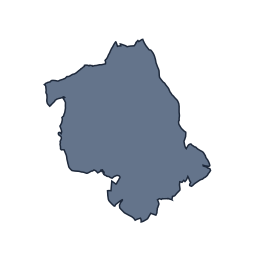 the district of Cozma, Bistrita-Nasaud, Romania, rotated 48°
{"feature_id": "2599482B53910069394437", "entity_name": "Cozma", "entity_type": "district", "adm_level": 2, "iso_a3": "ROU", "parent_name": "Romania", "parent_adm1": "Bistrita-Nasaud", "projection": "orthographic", "projection_center": [24.5, 46.802], "detail": "fine", "context": "isolated", "style": "filled", "palette": "slate", "viewbox_px": 256, "rotation_deg": 48, "n_neighbors": 0, "source": "geoboundaries", "source_scale": "gbopen_adm2", "svg_char_len": 5802}
<svg xmlns="http://www.w3.org/2000/svg" viewBox="0 0 256 256"><g transform="rotate(48 128 128)"><path d="M210.9,143.3L210.6,143.2L210.1,142.7L209.1,141.2L208.6,140.7L209.3,139.4L209.5,139.0L209.6,138.4L209.2,135.6L208.9,131.1L208.1,130.2L204.7,127.8L204.2,127.3L203.6,126.6L202.6,125.5L204.5,124.2L204.2,121.6L205.3,121.5L205.9,121.5L205.7,119.8L205.5,118.9L204.1,116.0L206.3,116.6L207.4,117.1L208.3,117.3L208.7,117.6L210.2,117.7L210.3,117.8L210.8,119.0L211.2,119.9L211.6,120.3L212.0,120.6L212.5,120.5L213.8,119.8L214.0,118.5L213.9,115.9L214.1,114.3L214.3,112.9L214.6,110.7L214.9,109.0L215.2,108.1L215.8,106.9L215.9,105.3L215.9,104.7L216.2,103.8L216.3,102.7L216.3,100.9L216.1,100.2L216.0,99.6L215.7,99.3L215.4,97.2L214.8,95.1L213.7,94.6L212.9,94.4L211.2,95.5L210.8,95.3L210.3,95.7L210.1,95.7L209.9,95.5L209.4,95.8L206.6,97.5L206.2,97.3L205.9,97.1L208.0,95.8L210.6,93.6L210.7,93.0L210.8,92.6L210.6,92.3L210.3,92.1L209.1,91.5L207.6,90.9L205.0,90.2L203.4,90.1L202.9,90.0L202.0,89.9L201.2,89.5L200.6,89.2L200.4,89.1L197.3,88.5L196.4,88.4L194.9,88.7L192.8,89.5L190.9,90.0L190.6,90.2L189.1,90.4L187.8,90.4L187.1,90.7L186.4,91.3L185.2,91.4L184.0,91.9L182.0,91.9L181.5,92.6L181.1,94.0L181.1,94.3L181.4,95.7L181.8,96.7L181.9,97.6L182.1,98.1L182.4,98.5L182.1,98.6L180.7,98.3L179.2,97.7L175.6,95.5L175.4,95.3L175.2,95.1L174.4,93.5L172.9,90.9L170.3,88.3L169.7,87.9L168.2,88.3L164.3,88.6L163.2,88.5L161.2,88.1L159.3,87.7L158.5,87.2L157.4,86.4L156.7,85.7L156.8,85.2L156.7,85.0L154.8,83.3L153.9,82.2L153.0,81.3L150.4,79.4L146.1,75.5L143.9,74.0L142.0,73.3L140.5,72.9L139.5,72.9L136.5,73.0L134.8,72.9L133.6,73.0L132.6,73.1L131.2,72.8L129.1,72.6L128.7,72.4L127.4,72.0L126.4,71.6L124.8,71.3L121.3,71.1L119.5,70.8L118.9,70.8L117.5,71.1L116.3,71.1L114.3,71.0L111.5,70.7L110.0,69.7L106.3,66.7L104.6,65.9L102.7,65.3L98.2,63.5L95.5,61.8L92.6,60.4L91.4,59.9L89.3,59.3L87.0,59.0L85.8,59.0L85.3,59.0L84.9,59.3L84.2,59.9L83.8,60.0L78.7,59.6L75.8,59.0L73.2,58.2L72.0,57.7L71.5,58.6L71.0,62.1L69.6,62.1L69.8,64.8L70.1,64.8L70.9,67.6L71.0,68.5L68.8,71.3L67.8,72.8L67.0,74.3L65.3,74.7L61.1,77.0L60.4,77.5L62.1,78.4L60.8,80.1L60.3,81.2L58.6,80.4L56.0,79.4L55.7,79.6L56.3,82.0L57.3,84.8L57.7,85.8L57.8,86.8L58.2,87.5L58.7,88.9L60.1,91.9L60.4,93.1L61.8,96.1L62.3,98.0L62.3,99.1L62.4,99.8L62.5,99.9L63.0,100.0L63.6,100.3L64.5,101.0L65.2,101.8L64.6,102.9L63.2,105.4L61.9,106.9L60.5,109.5L59.2,111.2L58.4,113.0L57.6,112.9L57.3,113.3L56.4,113.9L56.0,114.3L55.7,114.7L55.8,114.8L55.5,115.2L55.6,115.4L54.1,116.2L52.6,117.8L52.3,118.5L53.0,119.1L52.8,120.4L52.7,122.7L52.5,123.4L52.5,123.6L52.7,123.8L52.5,125.8L52.4,128.2L52.4,129.7L52.2,130.2L52.1,131.2L52.0,131.5L51.0,133.4L50.4,136.5L50.2,137.3L49.6,138.2L48.9,139.0L49.0,140.7L49.0,141.7L48.9,142.1L48.5,142.9L48.3,143.7L46.9,146.7L46.7,147.6L46.4,148.5L46.0,148.9L44.1,150.3L42.5,151.8L41.7,152.8L41.5,153.3L41.5,153.9L41.5,154.4L41.6,155.0L41.2,155.7L41.0,156.2L40.5,156.9L40.4,157.3L40.3,157.9L39.9,158.7L39.8,159.1L39.8,159.5L39.9,160.0L39.7,161.1L40.0,161.1L40.6,161.0L41.3,161.0L41.9,161.2L45.2,163.6L46.5,165.1L47.3,165.5L47.8,165.7L48.7,165.8L48.8,165.9L51.2,167.8L51.7,168.3L52.2,168.9L53.2,169.9L53.6,170.3L55.4,171.3L56.0,171.5L56.8,171.6L59.4,171.6L59.3,170.3L59.5,170.3L59.3,169.1L59.2,167.3L59.1,164.7L59.0,164.4L58.8,164.1L58.6,163.7L58.8,162.8L58.9,161.7L59.6,160.0L60.6,158.2L61.2,156.9L61.5,155.7L61.8,154.9L62.9,154.6L62.7,156.4L64.8,156.7L66.9,157.3L67.4,157.6L69.7,159.8L71.3,161.1L73.6,163.9L74.5,165.2L74.9,166.2L76.1,168.1L75.9,168.7L76.0,170.1L77.0,170.6L78.0,171.4L79.8,173.9L81.0,176.9L81.0,177.3L82.5,177.9L83.3,178.2L84.7,178.8L85.3,179.1L86.5,179.9L87.1,180.8L87.5,181.5L86.9,181.6L86.0,181.4L85.7,181.6L85.3,182.0L85.1,182.3L85.0,182.7L85.2,183.1L85.7,183.7L86.6,184.0L87.3,184.0L89.3,183.5L90.2,183.8L91.0,184.3L91.5,185.0L92.5,187.3L92.8,187.7L93.7,188.1L93.9,188.3L94.3,189.0L94.6,189.4L95.3,189.8L96.7,190.7L97.6,191.4L98.3,192.1L99.2,192.2L99.7,192.1L100.5,191.0L101.5,190.1L104.0,191.0L106.8,192.0L108.1,192.7L110.4,194.3L112.8,195.6L114.3,196.5L115.4,197.0L117.2,198.0L118.0,198.2L119.4,198.3L121.5,198.2L122.1,198.1L122.9,197.5L124.5,196.2L127.1,193.7L128.0,193.0L129.6,192.0L130.3,191.3L131.5,190.4L133.2,189.5L133.9,189.1L134.3,188.6L134.6,187.9L134.9,186.8L135.5,184.1L136.2,183.2L136.3,182.6L136.4,181.4L137.3,181.0L138.0,180.7L138.7,180.6L141.1,180.5L141.7,177.8L141.7,177.3L141.2,176.7L141.1,176.4L141.3,176.0L142.0,175.0L142.6,175.3L143.2,175.3L143.3,175.5L143.1,175.9L142.7,176.3L142.8,176.5L143.1,176.5L143.9,175.8L144.3,175.4L144.6,175.8L144.6,176.4L144.8,176.6L145.4,175.9L146.2,177.0L146.6,176.8L147.1,176.9L147.8,176.6L148.8,176.1L149.4,176.1L150.0,175.8L151.4,174.6L152.9,174.3L154.0,173.8L154.7,173.3L154.7,172.3L154.8,171.7L154.8,170.7L155.3,169.5L155.6,168.4L155.9,167.9L156.3,167.5L157.5,166.7L158.2,166.6L159.0,166.8L159.4,167.1L159.6,167.3L159.7,167.7L159.6,168.1L160.0,168.8L160.4,169.8L160.5,170.4L161.2,172.7L161.7,173.7L161.6,174.5L156.6,175.6L163.2,182.6L161.8,184.0L161.0,185.0L160.9,185.2L163.1,186.9L164.7,188.2L167.8,190.3L169.2,190.8L171.2,190.9L174.2,190.8L176.5,190.6L176.8,190.3L177.2,190.1L177.1,189.8L176.6,188.4L177.0,182.7L177.4,180.4L177.5,180.2L177.8,180.3L177.9,180.7L178.2,181.6L178.4,183.2L179.6,185.9L179.9,186.2L181.9,187.6L184.1,187.6L188.6,187.4L193.7,185.6L196.2,184.6L198.8,184.1L201.3,184.4L201.5,183.6L202.0,182.0L203.0,179.8L203.4,179.1L205.0,179.7L206.6,181.1L207.2,179.9L207.6,178.8L208.4,175.1L208.5,174.1L206.6,168.2L211.4,165.6L210.9,164.5L210.6,163.8L210.5,163.5L210.3,163.2L208.9,161.8L208.2,160.8L207.5,160.2L207.2,159.8L207.0,159.1L206.1,157.6L205.5,156.3L204.8,155.6L202.5,154.6L201.1,154.2L201.5,152.0L203.5,150.8L203.4,149.8L203.9,149.5L206.7,146.2L207.3,145.8L207.1,145.5L207.8,144.9L208.7,144.6L210.2,143.6L210.9,143.3Z" fill="#64748b" stroke="#1e293b" stroke-width="1.5"/></g></svg>